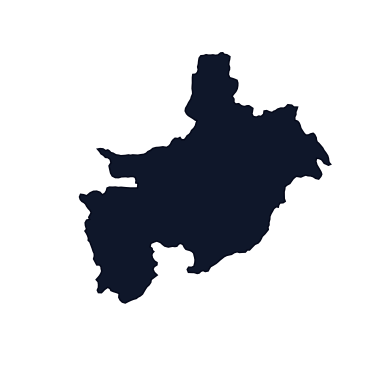 Mascote, Bahia, Brazil (orthographic projection), rotated 212°
{"feature_id": "56859067B88966015579039", "entity_name": "Mascote", "entity_type": "district", "adm_level": 2, "iso_a3": "BRA", "parent_name": "Brazil", "parent_adm1": "Bahia", "projection": "orthographic", "projection_center": [-39.412, -15.653], "detail": "fine", "context": "isolated", "style": "filled", "palette": "ink", "viewbox_px": 384, "rotation_deg": 212, "n_neighbors": 0, "source": "geoboundaries", "source_scale": "gbopen_adm2", "svg_char_len": 4935}
<svg xmlns="http://www.w3.org/2000/svg" viewBox="0 0 384 384"><g transform="rotate(212 192 192)"><path d="M235.1,326.9L237.6,325.8L239.7,326.4L241.4,325.1L242.5,322.0L244.4,320.4L246.9,319.4L248.9,317.8L250.7,316.7L252.8,315.9L254.4,313.9L256.7,312.2L256.9,309.4L255.7,306.5L254.4,303.9L253.5,301.1L251.5,299.0L250.8,296.3L251.4,293.8L253.6,292.1L252.4,289.5L250.9,287.1L249.3,284.6L247.9,281.9L246.7,279.8L244.8,277.6L243.4,275.6L243.0,272.7L242.2,270.1L242.2,266.0L241.9,263.2L241.8,259.7L240.7,257.1L238.1,255.5L235.7,254.9L232.8,254.9L229.8,254.9L227.4,254.7L225.5,255.2L225.1,252.9L224.2,250.1L224.2,246.9L225.0,244.0L224.6,241.5L224.9,239.3L225.9,237.2L225.9,234.9L226.2,232.3L228.6,230.8L231.1,231.9L232.2,229.9L234.9,228.6L235.7,226.1L235.9,223.9L235.5,221.2L235.9,218.9L237.1,216.4L240.6,214.9L243.6,212.4L246.1,210.6L248.3,208.2L249.3,205.2L250.8,202.9L251.3,200.7L252.7,198.5L255.4,196.3L257.4,194.5L260.0,193.1L262.0,192.0L263.6,190.5L265.5,189.8L268.0,187.6L271.6,185.0L273.8,184.3L276.2,183.2L279.5,183.1L281.7,182.4L283.8,183.0L285.7,183.1L287.2,181.3L290.3,181.4L292.9,180.1L294.9,178.3L291.6,177.3L289.4,176.2L286.4,176.2L283.8,175.5L281.5,176.6L278.7,176.3L276.2,173.9L276.2,170.2L273.4,167.3L271.0,164.9L268.1,163.3L264.7,163.6L261.8,165.3L259.9,167.5L258.3,168.6L256.1,170.1L254.3,170.8L252.3,172.6L250.0,174.0L247.9,174.3L245.7,172.4L244.5,169.9L242.4,170.7L240.3,166.6L242.4,165.2L244.8,163.7L246.4,162.7L248.8,161.4L251.3,160.1L254.7,158.4L257.0,156.7L259.6,155.6L261.8,154.0L264.6,152.4L266.1,150.4L265.2,147.5L265.2,144.6L266.6,142.1L270.0,143.0L273.3,142.2L276.0,140.3L278.0,137.2L279.3,133.0L282.4,132.3L285.3,131.0L284.8,128.2L282.7,126.4L280.4,125.7L278.0,125.8L275.9,125.4L273.9,124.2L271.3,123.1L268.6,122.4L266.5,121.0L266.3,118.3L266.2,115.9L264.3,114.5L266.5,112.3L266.3,109.3L264.6,107.1L261.7,104.6L262.1,102.2L259.9,101.2L257.4,99.7L255.4,98.0L254.4,96.0L252.1,95.5L249.9,93.8L246.9,91.5L244.3,89.3L242.3,88.0L240.8,85.8L240.0,83.1L237.0,81.4L234.1,79.7L231.7,81.2L229.5,80.4L228.2,78.7L226.6,77.1L226.1,74.8L226.0,72.1L226.3,69.7L226.8,66.9L224.0,66.1L222.3,64.1L220.7,61.4L220.3,58.6L218.1,57.1L215.4,58.6L214.9,60.7L214.5,62.9L213.0,66.5L210.4,66.7L208.5,65.5L205.7,66.0L202.8,66.8L200.0,67.3L198.2,63.8L195.7,62.3L192.8,61.7L189.8,62.5L188.2,65.2L186.5,67.8L184.8,70.1L182.9,72.1L182.1,74.3L180.8,76.5L179.9,79.2L180.0,81.6L180.1,85.0L180.0,87.7L179.2,90.5L179.1,93.5L180.2,96.1L179.0,99.2L177.5,103.1L181.4,103.9L184.3,105.9L184.5,108.6L183.1,111.6L184.2,113.6L187.3,113.6L190.6,115.1L192.7,117.2L193.2,119.2L192.8,121.2L194.7,121.5L196.0,123.0L198.5,123.2L199.7,126.6L197.8,129.4L195.9,131.8L191.9,132.5L189.4,132.0L186.5,131.7L182.9,132.8L179.8,135.7L177.6,136.7L176.1,138.0L175.8,140.7L174.5,142.4L171.9,142.7L168.9,140.9L166.8,140.2L164.9,140.7L163.1,141.3L160.6,141.6L158.1,141.0L156.6,139.4L155.2,138.1L153.5,136.2L152.2,133.8L151.0,130.0L152.5,127.8L155.0,126.5L155.0,123.8L152.5,122.0L149.7,123.6L147.5,124.9L144.4,125.7L143.0,127.1L142.5,129.4L141.0,131.3L138.6,131.6L136.5,133.6L136.7,136.3L136.7,138.5L135.5,140.7L133.8,144.1L132.9,146.8L132.2,149.3L131.2,152.1L130.5,154.1L129.0,156.6L127.4,158.2L125.4,160.1L124.1,162.9L122.1,165.2L119.7,165.9L117.4,167.6L114.9,169.3L114.4,172.2L112.5,173.3L111.8,176.9L110.9,180.9L108.9,183.8L108.4,186.7L108.6,189.5L108.9,191.5L108.0,195.2L107.7,197.9L107.4,200.5L109.1,202.6L109.2,204.8L110.7,207.1L111.6,210.1L113.0,212.5L113.5,215.4L113.6,218.4L113.8,221.3L112.8,224.1L110.8,224.9L111.6,226.8L111.6,229.3L109.0,231.2L108.0,233.5L110.2,235.2L112.2,238.2L114.0,241.0L114.8,243.4L115.9,245.7L115.2,248.1L113.5,251.1L113.4,253.6L113.2,256.7L112.6,258.9L111.8,260.7L109.6,261.6L107.6,262.4L105.9,264.9L104.5,266.7L102.4,267.2L99.8,268.6L97.4,269.2L94.4,269.1L91.4,270.1L91.0,273.6L91.4,275.8L93.2,277.3L95.4,278.5L97.9,279.8L100.4,281.1L103.2,283.6L104.3,286.6L102.1,287.7L99.3,288.1L97.4,287.4L95.1,286.4L92.6,286.8L90.5,287.0L89.1,289.0L91.2,289.6L92.6,290.9L94.1,292.8L96.1,294.6L99.2,296.1L102.1,297.2L104.5,298.6L107.5,299.6L110.4,300.5L112.3,300.7L114.0,302.0L115.5,303.9L118.5,305.7L120.4,306.0L122.2,304.1L123.5,302.0L125.8,300.6L128.1,301.2L130.3,302.2L133.4,303.7L135.8,305.9L137.8,307.3L139.8,308.0L142.8,307.4L144.6,310.0L144.9,312.7L146.4,315.0L146.9,317.8L147.5,319.9L150.7,318.0L153.4,318.5L157.0,316.8L157.6,313.5L158.7,311.7L161.2,310.2L163.3,307.7L164.2,305.3L165.5,303.7L166.1,301.9L168.8,301.0L171.8,300.6L173.8,298.9L172.5,296.1L173.4,292.7L175.6,291.8L177.1,289.6L180.0,288.5L182.6,290.0L183.4,292.1L184.7,295.2L187.4,295.3L189.5,295.3L191.1,294.2L192.6,292.4L194.5,291.6L196.6,291.3L199.1,291.7L201.7,289.7L204.0,290.3L205.7,293.1L208.8,294.5L208.5,297.6L208.1,300.5L208.4,303.6L209.5,306.3L210.9,308.7L213.0,310.6L215.6,310.2L217.8,309.7L220.6,308.9L223.4,310.9L224.8,313.8L225.1,315.7L226.2,317.6L228.5,319.6L229.8,322.4L230.4,324.4L231.6,326.9L235.1,326.9Z" fill="#0f172a" stroke="#020617" stroke-width="1.5"/></g></svg>